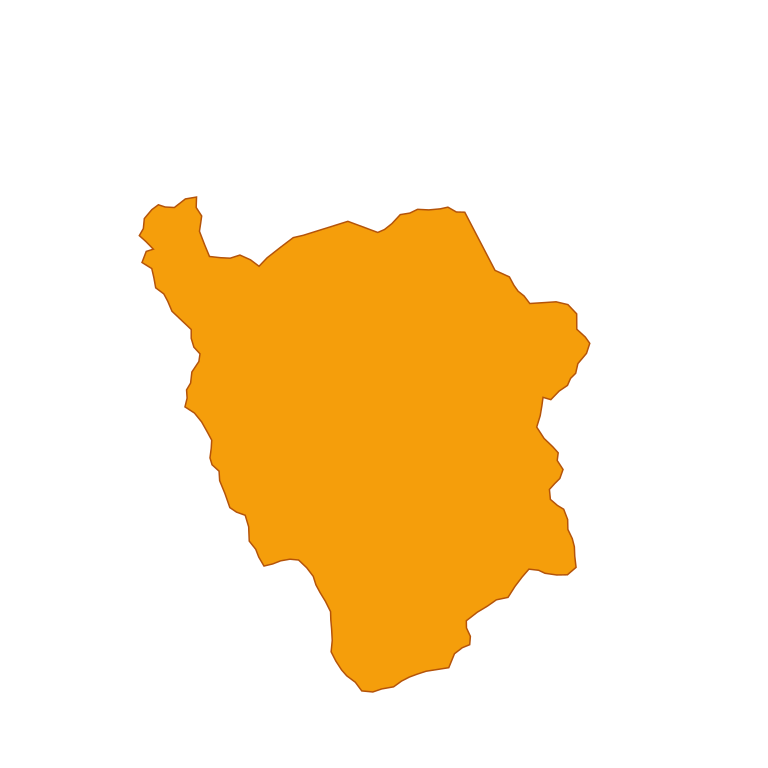 the district of Santo Antônio de Jesus, Bahia, Brazil, rotated 237°
{"feature_id": "56859067B58021421413718", "entity_name": "Santo Antônio de Jesus", "entity_type": "district", "adm_level": 2, "iso_a3": "BRA", "parent_name": "Brazil", "parent_adm1": "Bahia", "projection": "mercator", "projection_center": [-39.224, -13.018], "detail": "fine", "context": "isolated", "style": "filled", "palette": "amber", "viewbox_px": 768, "rotation_deg": 237, "n_neighbors": 0, "source": "geoboundaries", "source_scale": "gbopen_adm2", "svg_char_len": 2103}
<svg xmlns="http://www.w3.org/2000/svg" viewBox="0 0 768 768"><g transform="rotate(237 384 384)"><path d="M540.1,442.3L552.7,397.2L556.2,387.6L555.1,372.6L553.5,354.7L550.8,343.3L560.8,339.7L570.6,333.4L573.3,323.5L579.1,315.5L586.0,307.1L598.5,309.4L612.6,312.4L618.8,317.9L624.2,322.6L634.3,322.6L642.9,328.6L647.4,318.2L646.2,304.3L651.6,296.9L657.2,292.4L656.7,284.3L653.3,273.1L645.4,266.8L641.7,259.6L633.1,261.9L622.7,264.0L624.7,256.8L617.7,247.2L607.3,252.1L598.5,248.9L589.0,244.9L579.5,248.4L571.2,247.7L560.5,245.8L534.7,252.0L527.3,247.2L518.4,244.6L509.5,246.1L503.7,241.0L498.7,229.4L490.1,222.3L486.6,215.2L479.4,211.2L473.2,204.6L462.9,209.2L451.6,210.4L440.4,209.7L430.7,208.9L424.2,204.1L416.8,197.8L409.9,195.8L400.7,198.2L392.4,193.5L379.0,191.0L364.3,187.4L356.9,190.5L349.5,196.1L337.9,192.7L325.6,185.4L315.2,186.4L307.1,184.7L296.7,184.2L293.7,192.7L292.0,201.0L288.3,209.7L282.9,216.5L272.0,219.1L261.2,219.9L252.6,217.5L243.9,216.8L233.6,216.5L222.2,215.2L215.1,210.9L207.0,206.6L197.1,200.9L188.2,193.8L177.8,192.7L167.3,192.7L159.6,193.8L149.5,197.5L138.7,198.2L131.8,206.9L129.5,216.0L124.8,227.1L125.3,237.0L124.4,245.7L122.6,253.7L120.2,262.8L110.8,283.8L119.4,296.2L120.2,306.0L118.7,313.9L125.3,319.0L134.5,320.3L140.6,324.1L141.8,338.0L141.4,350.1L141.8,360.7L137.5,371.8L142.9,383.6L146.8,394.4L149.8,404.7L143.6,412.2L137.6,415.9L129.8,424.8L124.1,433.9L125.6,445.2L135.7,450.2L143.8,455.0L151.8,457.7L161.9,459.0L170.3,464.2L181.1,466.5L187.7,463.3L196.6,460.7L205.5,465.3L207.5,472.9L209.0,480.0L214.8,487.6L225.5,487.6L231.4,492.6L239.2,491.4L251.1,488.6L264.7,488.6L272.3,497.7L279.7,504.5L286.2,510.1L280.0,515.4L282.7,527.1L282.9,537.1L287.1,543.5L288.6,550.6L295.5,557.7L299.4,570.5L306.0,578.7L313.7,578.4L324.9,575.5L331.8,579.9L337.9,583.8L350.4,581.5L359.2,573.1L366.7,559.7L372.1,550.1L381.6,549.4L388.7,547.0L396.0,546.7L405.5,547.5L418.8,539.0L484.1,545.3L488.8,538.4L497.5,533.9L500.3,526.5L505.6,516.4L512.2,507.3L513.3,498.7L517.2,489.9L514.2,478.0L513.3,468.5L514.5,461.3L540.1,442.3Z" fill="#f59e0b" stroke="#b45309" stroke-width="1.5"/></g></svg>